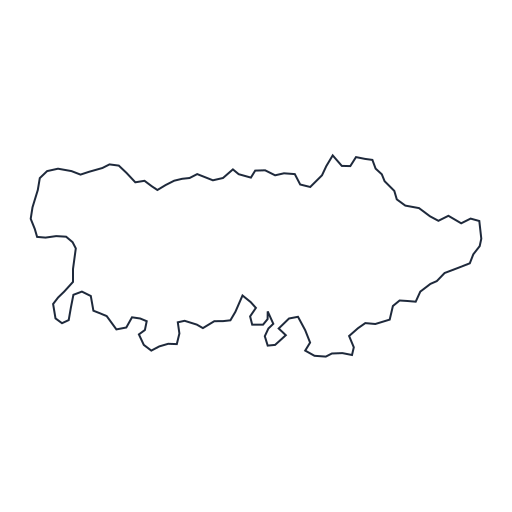 Barra do Jacaré, Paraná, Brazil
{"feature_id": "56859067B98278959949499", "entity_name": "Barra do Jacaré", "entity_type": "district", "adm_level": 2, "iso_a3": "BRA", "parent_name": "Brazil", "parent_adm1": "Paraná", "projection": "albers", "projection_center": [-50.163, -23.108], "detail": "fine", "context": "isolated", "style": "outline", "palette": "slate", "viewbox_px": 512, "rotation_deg": 0, "n_neighbors": 0, "source": "geoboundaries", "source_scale": "gbopen_adm2", "svg_char_len": 1824}
<svg xmlns="http://www.w3.org/2000/svg" viewBox="0 0 512 512"><path d="M37.1,236.9L45.5,237.6L56.2,236.1L66.1,236.7L72.6,242.2L75.8,248.4L73.0,269.0L73.0,281.9L64.1,291.7L58.1,297.5L53.1,304.0L55.5,318.4L62.0,323.2L68.7,320.1L70.9,307.5L73.4,294.8L81.9,291.6L90.8,296.0L93.4,310.7L99.5,313.1L106.7,316.1L116.4,329.4L126.3,327.5L132.0,317.3L140.2,318.5L146.7,321.2L144.9,330.0L138.9,334.4L143.8,344.9L151.3,350.6L159.3,346.4L168.2,343.8L176.8,344.1L179.4,333.5L177.8,322.3L184.6,320.8L196.8,324.6L202.9,328.1L214.3,321.2L223.3,321.1L230.4,320.3L235.4,311.8L242.5,295.5L250.7,302.1L255.9,307.9L250.1,316.4L252.2,324.7L263.0,324.7L267.6,319.1L267.7,311.4L273.3,323.8L268.4,328.5L264.8,336.2L267.7,345.6L275.1,344.9L285.8,335.2L278.7,328.5L289.0,318.5L298.0,316.8L305.2,330.2L310.1,342.6L305.2,350.6L314.5,355.8L325.8,356.6L331.9,353.5L342.4,353.1L352.0,355.0L353.8,347.3L349.1,336.0L358.0,328.2L365.3,323.1L375.3,324.0L389.7,319.6L392.9,306.0L399.6,300.5L407.5,301.0L415.7,301.7L420.3,291.6L430.4,283.9L436.8,281.1L444.6,273.0L457.8,268.0L469.8,263.3L473.3,254.3L479.7,246.1L481.3,238.7L479.3,221.0L470.6,218.6L461.2,223.3L448.4,215.8L438.4,220.8L430.0,216.3L419.0,208.1L405.3,205.6L396.8,199.4L394.3,190.9L384.6,181.2L381.8,174.3L375.6,168.6L372.4,159.9L365.0,158.9L356.0,157.1L350.3,166.1L341.8,165.9L332.7,155.4L326.3,166.1L322.0,175.3L310.2,187.0L300.2,184.5L294.8,174.1L284.0,173.3L275.1,175.3L265.1,170.3L255.2,170.6L250.9,177.6L238.7,174.2L232.9,169.4L223.0,178.0L212.9,180.3L206.1,177.6L197.2,174.1L189.6,178.0L182.1,178.8L174.2,180.7L165.7,185.0L157.4,190.0L151.7,186.2L144.5,180.8L135.3,182.3L126.6,173.0L118.8,165.6L109.5,164.4L102.4,168.0L89.0,171.8L80.5,174.6L71.5,171.1L58.0,168.7L47.1,171.1L39.8,178.1L37.8,190.0L32.5,207.3L30.7,218.8L34.8,229.0L37.1,236.9Z" fill="none" stroke="#1e293b" stroke-width="2"/></svg>